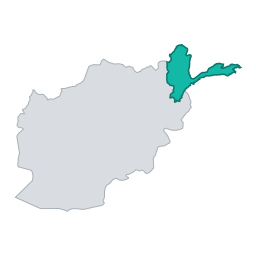 Afghanistan, with Badakhshan highlighted
{"feature_id": "AFG-1760", "entity_name": "Badakhshan", "entity_type": "Province", "adm_level": 1, "iso_a3": "AFG", "parent_name": "Afghanistan", "parent_adm1": "", "projection": "orthographic", "projection_center": [71.727, 36.958], "detail": "fine", "context": "in_parent", "style": "filled", "palette": "teal", "viewbox_px": 256, "rotation_deg": 0, "n_neighbors": 0, "source": "natural_earth", "source_scale": "10m", "svg_char_len": 8880}
<svg xmlns="http://www.w3.org/2000/svg" viewBox="0 0 256 256"><path d="M114.0,64.0L119.3,63.8L122.9,64.6L124.7,66.6L126.6,67.2L128.5,66.3L129.6,66.2L130.0,66.8L130.9,67.1L132.3,67.1L133.1,67.7L133.2,68.8L134.2,70.3L136.0,72.1L137.6,72.6L139.9,71.3L140.6,71.5L141.0,71.1L141.2,70.1L142.6,69.2L145.0,68.4L146.4,67.7L146.9,67.1L147.7,66.9L148.6,67.1L149.2,66.9L149.7,66.0L150.6,65.7L151.3,65.9L154.5,69.2L155.8,70.2L156.4,70.0L158.1,68.3L158.4,66.8L158.0,64.7L158.3,63.1L159.4,61.8L161.4,61.1L164.4,60.9L166.2,61.1L166.8,61.7L167.7,62.1L168.8,62.2L169.9,61.5L170.9,59.9L170.9,58.0L170.1,55.7L170.4,55.0L171.9,53.9L173.5,52.2L175.0,50.0L176.5,47.3L178.3,45.7L180.4,45.1L182.9,45.8L186.0,47.9L187.1,50.5L186.3,53.6L186.3,55.3L186.9,55.6L190.3,55.0L190.8,55.5L190.8,56.3L190.3,57.6L189.6,61.3L188.5,70.3L190.0,75.6L191.0,77.7L192.0,78.4L193.1,78.7L194.1,78.5L196.2,77.1L199.4,74.6L202.5,73.0L207.0,72.1L208.5,69.3L210.6,67.5L215.3,64.8L217.8,63.7L219.3,63.5L222.9,64.4L223.1,65.3L222.9,66.1L221.9,66.9L221.6,67.4L222.0,67.9L223.4,68.0L229.7,66.0L231.0,64.3L232.4,64.2L235.0,64.8L237.0,64.5L238.1,65.2L240.6,67.5L239.9,67.7L238.7,67.2L238.1,66.5L235.6,67.6L232.8,69.1L232.9,69.5L235.5,71.6L230.3,74.2L228.0,75.6L227.4,75.6L223.9,74.5L214.0,75.0L206.5,75.8L203.6,77.1L200.9,77.7L199.5,78.3L198.6,79.6L194.4,82.4L193.7,83.4L191.3,83.3L188.9,86.1L185.4,89.3L184.7,90.8L185.2,91.6L187.1,92.8L187.9,93.9L189.2,97.0L189.8,99.2L190.6,100.2L191.0,102.8L190.2,104.3L190.2,105.1L191.3,107.1L191.0,107.7L190.1,108.6L188.7,111.2L186.2,113.0L185.2,114.7L183.4,116.5L182.7,118.1L181.9,118.9L181.1,119.4L181.3,120.2L182.0,121.3L183.1,122.4L183.0,127.1L182.4,128.5L179.2,129.7L176.1,130.3L172.4,130.2L171.0,130.0L165.8,128.2L164.1,129.0L163.8,131.1L166.7,134.5L167.9,136.4L169.2,139.6L170.2,141.2L169.8,142.7L164.3,145.9L160.9,146.2L158.7,146.7L157.6,147.5L156.8,151.1L156.0,152.3L156.0,153.9L155.2,155.6L154.1,156.7L153.3,158.5L153.7,167.9L150.4,171.6L148.6,172.8L146.9,173.4L145.5,173.1L143.8,171.0L142.6,170.1L141.4,170.2L140.1,170.9L138.2,170.6L136.5,169.8L135.6,169.9L135.1,170.6L133.2,172.1L128.7,174.4L126.9,174.5L126.1,175.1L126.3,176.1L127.1,176.9L128.5,177.6L128.5,178.2L126.2,179.4L123.8,180.1L121.2,180.3L118.4,179.7L117.0,178.5L115.4,178.3L113.8,179.1L112.2,180.3L109.8,183.4L106.5,185.3L105.6,187.3L104.5,190.9L104.5,196.3L104.0,198.7L103.2,200.2L103.3,201.5L104.3,202.9L103.8,203.8L102.9,204.8L102.0,205.3L84.0,209.3L81.1,209.3L79.6,208.9L74.6,208.6L72.5,208.8L70.4,209.3L68.8,210.1L67.5,211.3L65.5,210.4L59.0,208.5L41.1,208.6L39.4,208.1L15.4,197.3L32.2,180.8L32.7,179.3L33.0,176.4L32.5,172.3L31.1,170.3L18.0,166.7L17.8,163.5L18.2,162.2L18.2,159.5L18.4,157.4L19.4,154.1L19.5,152.6L16.9,136.9L17.1,135.4L19.9,132.2L23.3,129.1L23.3,128.5L21.7,127.9L19.4,127.6L18.2,127.0L17.3,125.9L17.1,124.5L18.0,122.1L17.9,117.3L20.7,113.6L24.5,113.8L22.9,110.6L22.5,110.3L22.4,109.8L22.7,109.3L23.7,109.2L26.2,107.6L26.4,106.6L28.5,104.1L28.5,102.8L30.1,99.7L29.6,97.4L29.7,96.3L31.1,95.7L32.3,92.7L32.9,92.0L33.0,91.3L32.8,90.0L34.1,89.9L35.1,91.6L36.8,93.5L37.9,94.1L39.4,94.5L42.7,94.3L43.4,94.5L46.6,97.7L47.2,98.5L47.3,99.7L47.9,100.1L49.2,99.1L50.4,98.8L52.6,99.4L53.8,99.1L59.8,96.0L60.4,93.8L61.0,92.5L61.9,91.8L61.2,89.1L61.5,88.6L62.3,88.4L64.2,88.6L72.9,86.4L75.1,86.6L75.7,86.4L75.9,85.6L76.6,84.8L80.7,83.0L83.2,81.0L84.2,79.4L88.9,66.4L91.0,65.4L93.2,64.7L100.1,64.9L101.7,60.9L102.4,60.0L103.7,59.1L108.6,62.3L114.0,64.0Z" fill="#d9dde1" stroke="#a8b0b8" stroke-width="1"/><path d="M239.2,67.9L238.3,66.4L238.0,66.3L237.4,67.0L237.0,67.1L236.9,67.3L236.6,67.7L236.4,67.7L236.1,67.4L235.2,67.7L234.7,67.7L234.5,67.8L234.3,68.5L234.1,68.7L233.9,68.9L233.6,68.9L233.0,68.9L232.8,69.0L232.8,69.3L233.0,69.7L233.5,70.1L234.5,70.5L234.7,70.8L235.1,71.5L235.5,71.6L235.6,71.8L235.6,72.0L235.4,72.8L235.2,72.8L234.9,72.6L234.6,72.1L234.2,72.0L233.9,72.0L233.3,72.2L232.9,72.6L231.6,73.4L230.9,74.0L230.6,74.2L229.6,74.1L229.3,74.1L229.1,74.3L229.0,74.6L229.0,75.2L228.8,75.4L227.9,75.7L227.5,75.8L226.6,75.5L225.3,74.7L224.9,74.5L223.9,74.4L221.9,74.3L219.9,74.7L219.0,74.6L218.0,74.8L217.3,74.7L216.5,75.0L216.3,75.0L215.1,74.8L212.9,75.1L212.6,75.2L212.1,75.6L211.9,75.5L211.4,75.4L211.0,75.5L210.7,75.7L210.2,75.8L208.9,75.9L207.6,75.7L206.6,75.8L205.7,76.0L204.9,76.4L204.0,77.2L203.7,77.3L203.0,77.3L202.4,77.5L201.7,77.5L200.3,77.8L199.7,78.1L199.4,78.3L199.4,78.5L199.6,78.9L199.7,79.2L199.4,79.4L198.6,79.5L198.0,79.7L197.9,79.9L198.0,80.2L197.9,80.4L197.7,80.6L197.1,80.8L196.8,80.9L196.5,81.2L195.8,81.6L195.2,82.2L195.0,82.3L194.0,82.3L193.7,82.5L193.7,83.1L193.9,83.6L194.0,83.9L193.8,84.1L193.6,84.2L193.3,84.2L193.1,84.1L192.7,83.6L191.8,83.0L191.5,82.9L191.2,82.9L191.0,83.1L190.7,84.0L190.2,84.6L190.1,84.9L190.4,85.4L190.1,85.6L189.4,85.7L189.2,85.9L188.0,87.2L187.7,87.5L186.7,87.8L186.6,88.3L186.5,88.5L185.3,89.2L185.2,89.4L185.1,89.8L184.5,90.4L184.4,90.7L184.4,91.0L184.0,91.4L183.5,92.2L183.2,92.5L183.0,92.9L182.9,93.9L182.8,94.3L182.1,95.4L181.5,95.7L181.4,95.8L181.3,96.3L181.3,96.5L181.7,96.8L181.9,97.0L182.0,97.1L182.0,97.3L181.9,97.4L181.5,97.8L181.2,98.3L180.6,98.6L180.1,98.5L179.9,98.6L179.7,99.1L179.8,99.5L179.7,99.7L179.8,100.0L180.0,100.7L179.9,100.9L179.7,101.3L179.3,101.3L178.6,101.1L178.0,101.2L177.6,101.0L176.9,100.3L176.6,100.4L176.4,100.8L176.3,101.0L176.3,101.4L176.1,101.6L175.6,101.9L175.2,102.1L174.7,102.0L174.6,101.7L174.6,101.0L174.7,100.5L174.9,100.0L174.9,99.7L174.7,99.4L174.1,98.6L173.9,98.0L173.8,97.8L172.9,97.5L172.5,97.2L172.3,97.2L172.1,97.2L171.8,97.3L171.3,97.8L170.9,97.9L170.0,97.7L170.1,97.4L170.2,96.3L170.3,96.0L170.3,95.1L170.7,94.3L170.9,94.1L171.1,93.7L171.5,93.5L172.2,93.1L172.7,92.5L173.5,92.2L173.6,91.9L173.5,91.7L173.1,91.1L173.1,90.8L173.3,90.4L173.3,90.0L173.6,89.0L173.8,88.7L173.9,88.1L173.8,86.1L173.6,85.9L173.3,85.7L172.8,85.7L172.1,85.7L171.1,85.4L170.6,85.3L170.2,85.3L170.0,85.2L169.8,85.0L168.8,83.7L167.9,83.1L167.3,82.7L167.2,82.5L167.3,81.6L167.0,80.9L166.8,79.7L166.8,79.0L166.9,78.2L166.9,73.9L167.4,73.6L167.5,73.2L167.7,72.8L168.1,72.7L168.3,72.5L168.4,72.3L168.7,71.7L168.4,71.1L168.2,70.7L167.6,70.3L167.5,70.1L167.4,69.9L167.4,68.9L167.0,67.7L167.0,67.2L167.1,66.1L167.3,65.7L167.6,65.1L167.1,64.9L167.1,64.7L167.0,62.4L167.1,62.0L167.3,62.1L167.8,62.2L167.7,62.1L168.1,62.1L168.5,62.3L169.0,62.4L169.4,62.2L169.9,61.6L170.0,61.5L170.3,60.8L170.7,60.8L170.8,60.7L170.9,60.4L170.9,60.1L171.2,59.7L171.3,59.2L171.3,58.9L171.2,58.1L171.2,57.9L171.0,57.5L170.9,57.3L170.8,57.0L170.7,56.8L170.1,56.6L169.8,56.2L169.6,55.6L169.6,55.1L169.8,54.6L170.0,54.8L170.4,54.9L170.7,54.9L171.1,54.7L170.9,54.4L171.0,54.1L171.4,53.9L171.6,53.7L172.1,53.4L172.8,52.5L173.4,51.8L173.6,51.7L174.1,51.5L174.2,51.4L174.4,51.0L174.8,50.0L175.3,49.1L175.4,48.7L176.0,48.4L176.2,47.8L176.2,47.3L176.2,47.1L176.4,47.0L176.7,47.0L176.8,47.0L177.4,46.6L177.5,46.4L177.2,46.1L177.5,45.8L178.3,45.7L178.6,45.3L178.9,45.2L179.3,45.2L179.9,45.4L180.1,45.1L180.3,45.1L180.9,45.4L181.2,45.5L181.4,45.3L181.3,44.9L181.5,44.8L181.8,44.7L182.2,44.9L182.5,45.2L182.7,45.7L182.8,45.9L182.9,46.0L183.3,45.9L183.9,46.2L184.5,46.6L185.4,47.6L186.6,48.1L187.1,48.4L187.5,49.0L187.6,49.8L187.5,50.3L187.2,51.1L187.1,51.6L186.8,52.2L186.6,52.9L186.2,53.8L186.1,54.3L185.9,54.7L185.9,54.9L186.0,55.1L186.3,55.2L186.9,55.6L187.2,55.8L187.8,55.4L189.6,54.8L190.1,54.8L190.6,55.1L191.0,55.7L190.9,55.8L191.0,56.4L191.0,56.9L190.9,57.2L190.7,57.6L190.1,57.9L190.0,58.3L190.2,59.1L190.0,59.8L189.9,60.6L189.6,61.1L189.5,62.0L189.7,63.5L189.6,64.2L189.4,64.7L189.4,64.9L189.5,65.7L189.5,66.5L189.4,66.9L189.4,67.1L189.3,67.6L188.8,68.6L188.8,69.0L188.7,69.2L188.6,69.5L188.5,70.3L188.5,71.4L188.5,71.6L188.9,72.2L188.9,72.5L188.9,73.2L189.0,73.7L189.1,74.0L190.0,75.4L190.1,75.8L190.2,76.7L190.3,77.0L190.7,77.7L191.2,78.3L191.8,78.6L192.5,78.8L193.3,78.8L194.0,78.6L194.6,78.4L199.0,75.1L199.4,74.6L199.9,74.3L200.4,73.7L201.0,73.3L202.5,72.6L203.2,72.5L204.3,72.7L204.8,72.4L207.0,72.1L207.2,71.9L207.2,71.5L207.9,70.5L208.5,69.0L209.0,68.4L209.6,68.0L210.3,67.9L210.7,67.8L211.0,67.4L212.1,66.7L213.1,66.6L213.4,66.4L213.6,66.1L213.9,65.5L214.1,65.3L214.7,64.8L214.8,64.7L215.1,64.9L215.3,64.8L216.0,64.0L216.2,63.8L216.5,63.7L216.9,63.6L217.3,63.7L217.5,63.8L217.8,63.9L218.7,63.4L219.4,63.3L221.2,64.0L222.2,64.2L222.9,64.2L223.4,64.2L223.3,64.9L223.3,65.7L223.2,66.0L223.0,66.3L222.7,66.5L221.9,66.7L221.6,66.8L221.3,67.1L221.1,67.5L221.2,67.8L221.4,68.0L222.1,67.8L222.4,67.8L222.8,68.3L223.0,68.3L223.2,68.1L223.4,68.0L224.0,68.1L224.7,67.5L225.0,67.4L225.7,67.3L226.5,66.9L226.8,66.8L228.0,66.3L229.6,66.0L230.0,65.8L230.2,65.5L230.3,64.8L230.5,64.6L230.9,64.5L231.3,64.6L231.7,64.6L231.9,64.1L231.9,64.3L232.1,64.2L232.3,64.2L232.4,64.3L232.7,64.6L232.8,64.7L233.4,64.7L234.0,64.6L235.0,65.0L236.6,64.8L237.1,64.5L239.0,65.7L239.5,66.1L240.2,67.3L240.6,67.5L239.5,67.9L239.2,67.9Z" fill="#14b8a6" stroke="#0f766e" stroke-width="1.5"/></svg>